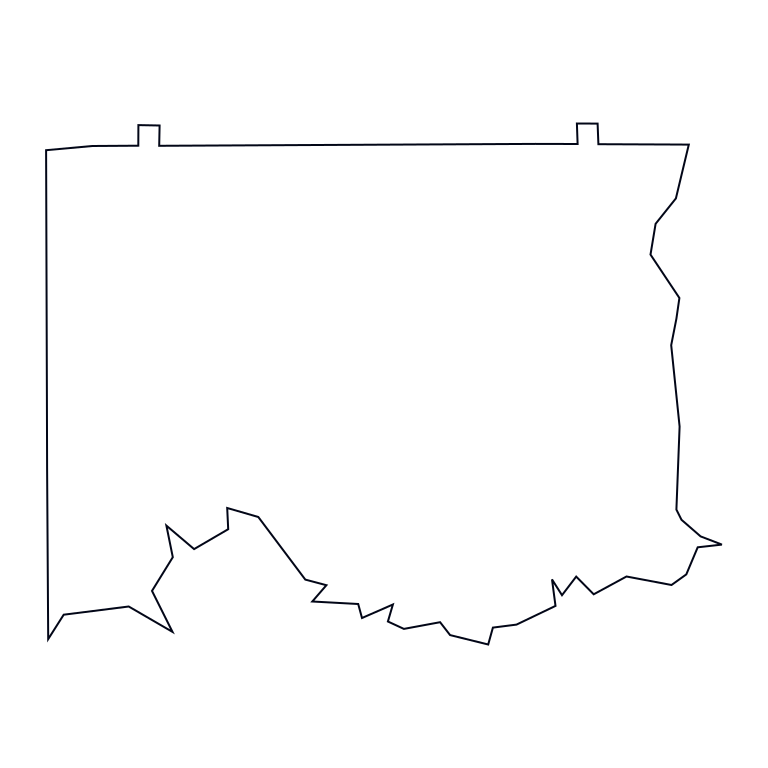 Elmore, Alabama, United States of America (Robinson projection)
{"feature_id": "52423323B53549191673570", "entity_name": "Elmore", "entity_type": "district", "adm_level": 2, "iso_a3": "USA", "parent_name": "United States of America", "parent_adm1": "Alabama", "projection": "robinson", "projection_center": [-86.109, 32.588], "detail": "fine", "context": "isolated", "style": "outline", "palette": "ink", "viewbox_px": 768, "rotation_deg": 0, "n_neighbors": 0, "source": "geoboundaries", "source_scale": "gbopen_adm2", "svg_char_len": 852}
<svg xmlns="http://www.w3.org/2000/svg" viewBox="0 0 768 768"><path d="M535.4,143.9L159.2,145.8L159.6,125.5L138.4,125.1L138.3,145.7L92.3,146.0L46.1,150.2L46.3,212.2L46.9,396.0L47.1,468.6L48.2,639.1L63.7,614.7L128.7,606.5L172.5,631.9L152.0,590.9L172.8,557.2L166.4,525.6L194.1,549.1L228.2,529.2L227.2,508.0L258.3,517.0L305.3,579.6L326.4,585.2L312.3,601.5L358.2,604.0L362.0,618.0L392.9,604.5L387.9,621.5L403.9,628.9L440.1,622.2L450.1,635.1L488.2,644.5L492.9,627.6L516.5,624.6L555.5,605.9L552.0,579.4L562.0,595.2L576.2,576.6L593.7,594.3L626.5,576.5L671.5,585.0L686.3,574.4L697.7,547.3L721.9,544.6L700.6,536.4L681.5,519.8L676.4,509.6L679.6,426.6L671.2,345.2L676.4,318.7L679.4,298.0L650.5,254.6L655.6,223.8L675.9,198.4L688.8,144.6L670.1,144.5L598.4,144.2L597.6,123.6L576.9,123.5L577.6,144.0L535.4,143.9Z" fill="none" stroke="#020617" stroke-width="2"/></svg>